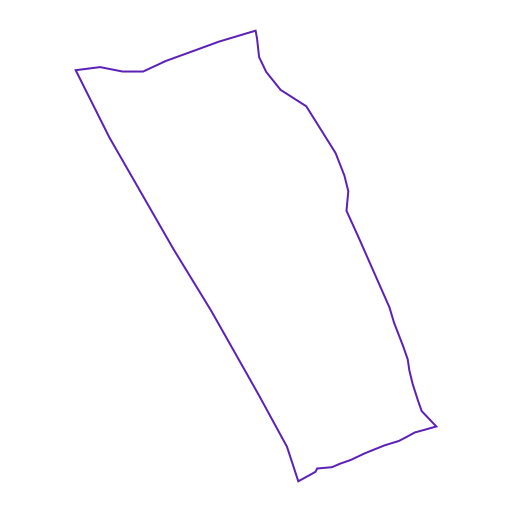 Potufale, Tuvalu
{"feature_id": "33948139B14408350290705", "entity_name": "Potufale", "entity_type": "district", "adm_level": 2, "iso_a3": "TUV", "parent_name": "Tuvalu", "parent_adm1": "", "projection": "robinson", "projection_center": [178.678, -7.484], "detail": "fine", "context": "isolated", "style": "outline", "palette": "violet", "viewbox_px": 512, "rotation_deg": 0, "n_neighbors": 0, "source": "geoboundaries", "source_scale": "gbopen_adm2", "svg_char_len": 690}
<svg xmlns="http://www.w3.org/2000/svg" viewBox="0 0 512 512"><path d="M436.3,426.5L421.7,411.1L417.9,400.3L412.8,384.5L409.4,370.7L407.7,359.3L403.1,346.1L394.1,322.9L389.5,307.5L372.7,269.4L358.5,237.2L346.5,210.8L348.3,191.2L344.4,175.6L335.6,153.1L306.3,106.3L280.6,89.9L266.2,71.9L259.1,57.1L257.0,38.3L255.6,30.7L246.4,33.4L219.0,41.6L165.7,61.0L143.2,71.5L122.4,71.5L100.1,67.1L75.7,70.2L109.4,137.5L173.5,249.2L211.2,310.8L242.8,366.7L259.1,395.6L287.0,446.8L298.3,481.3L315.5,471.8L317.1,468.5L332.0,467.2L340.0,463.7L351.2,459.8L355.5,457.7L364.8,453.3L375.2,449.1L384.7,445.3L399.0,440.9L407.8,436.3L414.7,432.5L436.3,426.5Z" fill="none" stroke="#5b21b6" stroke-width="2"/></svg>